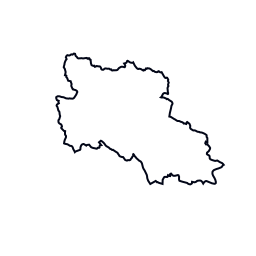 the district of Tan Lac, Hòa Bình, Vietnam, rotated 147°
{"feature_id": "81297802B22385523751240", "entity_name": "Tan Lac", "entity_type": "district", "adm_level": 2, "iso_a3": "VNM", "parent_name": "Vietnam", "parent_adm1": "Hòa Bình", "projection": "equal_earth", "projection_center": [105.222, 20.611], "detail": "fine", "context": "isolated", "style": "outline", "palette": "ink", "viewbox_px": 256, "rotation_deg": 147, "n_neighbors": 0, "source": "geoboundaries", "source_scale": "gbopen_adm2", "svg_char_len": 5813}
<svg xmlns="http://www.w3.org/2000/svg" viewBox="0 0 256 256"><g transform="rotate(147 128 128)"><path d="M134.2,219.7L134.7,219.8L135.4,220.6L135.8,220.7L136.7,220.6L137.6,220.7L138.2,221.1L139.2,222.1L140.2,222.0L141.6,221.2L141.8,219.9L142.1,219.1L143.0,218.9L144.5,218.0L146.0,216.8L146.4,216.2L148.8,214.0L148.8,212.1L149.7,209.2L150.3,208.3L152.1,206.6L151.4,206.0L151.2,205.4L152.0,204.4L151.8,202.9L152.2,201.4L152.4,200.2L151.2,199.1L150.6,198.4L151.0,197.3L151.2,196.1L151.4,195.5L152.2,194.8L152.7,194.0L153.2,191.1L152.9,190.6L153.1,190.3L151.3,188.3L150.7,186.9L150.8,186.1L150.9,185.8L152.3,184.9L153.0,184.3L156.7,182.7L157.9,182.6L158.5,182.8L159.8,183.7L160.9,184.7L161.6,184.9L162.2,185.3L163.8,186.6L164.0,186.9L165.3,188.9L166.9,190.2L168.1,191.8L168.5,192.1L169.7,192.9L170.9,193.0L171.3,193.0L171.6,192.7L172.0,192.0L172.4,190.2L171.3,188.5L172.2,187.8L172.5,186.4L174.3,186.4L174.9,186.3L175.6,185.8L175.8,185.2L175.7,184.3L175.8,183.8L176.9,180.5L176.7,179.4L176.8,178.8L178.0,176.4L178.4,174.9L180.3,173.3L180.9,172.8L182.1,172.4L183.0,171.0L183.2,170.1L183.1,169.4L182.8,168.6L182.2,167.6L182.1,167.2L182.4,165.6L182.5,165.3L182.8,165.0L183.7,164.8L184.0,164.3L183.9,163.4L183.3,160.4L183.1,160.1L182.5,159.8L182.4,159.6L183.2,158.7L184.3,156.9L184.4,156.2L184.3,155.4L184.5,154.8L185.2,153.9L187.3,152.6L188.7,151.4L190.0,149.9L189.3,148.9L187.7,147.4L187.4,146.9L186.4,144.7L185.3,143.8L185.0,143.3L184.9,142.1L185.0,141.5L185.4,140.1L185.5,138.0L185.7,136.7L184.9,136.9L180.1,135.8L179.5,136.1L178.5,137.5L177.6,138.3L176.8,138.8L175.8,139.2L174.4,139.0L174.0,138.8L173.7,138.4L172.6,136.0L172.0,136.2L171.6,136.1L169.7,135.2L169.4,132.1L168.8,131.1L168.0,130.1L166.8,129.0L165.8,127.9L165.3,127.6L164.2,127.9L162.9,127.1L162.5,127.2L161.8,128.2L161.3,128.6L160.8,128.7L159.8,128.2L160.1,131.8L157.7,132.1L157.2,131.3L156.5,129.0L156.3,127.3L156.3,125.9L156.0,124.4L155.5,123.6L154.7,121.9L154.3,120.1L153.7,119.5L153.3,118.3L153.1,118.1L152.5,117.9L151.3,115.0L150.3,112.9L150.4,111.6L150.3,110.7L150.4,109.0L149.2,107.3L147.9,106.2L147.8,102.8L147.2,101.9L146.6,101.2L145.9,101.2L145.4,101.0L144.4,100.2L143.4,100.0L142.0,100.7L140.8,100.9L140.0,101.6L138.7,101.8L138.5,102.0L138.2,102.5L137.8,103.9L137.7,103.2L137.6,102.1L137.7,100.3L137.4,99.3L137.4,98.2L136.6,95.3L136.6,94.9L135.6,93.0L135.5,91.8L135.6,90.7L137.0,86.6L137.2,85.2L137.2,83.3L137.8,78.5L138.4,76.9L138.9,76.0L139.3,75.0L139.8,72.8L139.8,68.9L133.6,68.5L133.2,66.7L132.7,66.6L131.9,65.1L129.5,62.3L127.1,65.7L124.8,66.9L124.1,67.1L123.6,66.9L121.9,65.6L121.6,65.5L120.2,66.6L119.7,65.4L118.8,64.7L118.7,64.8L118.7,65.5L118.5,66.1L118.2,66.3L117.0,66.4L116.7,66.3L116.6,65.8L116.7,65.1L116.0,63.3L115.4,62.8L114.6,62.3L111.9,61.4L111.4,60.9L111.5,60.3L111.7,59.3L113.1,57.3L113.6,55.9L113.5,55.6L111.6,53.3L108.5,49.9L108.2,49.5L108.1,48.8L107.5,47.8L106.7,47.0L106.2,46.7L104.8,46.7L104.5,46.8L103.6,48.0L102.1,46.5L101.5,46.1L99.9,45.8L98.9,46.0L98.2,45.8L96.3,44.8L95.7,44.2L95.4,43.7L95.1,42.2L95.2,40.4L94.3,40.8L93.1,41.2L91.6,41.1L91.1,40.8L90.6,40.1L87.7,35.9L86.6,34.8L86.0,34.2L85.4,33.9L84.4,34.0L83.7,34.9L83.0,37.0L82.7,39.1L82.6,41.6L82.3,43.1L81.8,44.2L80.9,45.3L79.9,45.7L78.8,45.9L76.1,45.4L74.1,44.8L71.5,44.3L70.6,44.3L68.6,45.1L67.8,45.0L67.9,46.1L68.2,47.3L69.5,49.3L70.8,52.1L72.6,52.8L73.2,53.3L74.9,55.3L75.9,56.8L76.0,57.3L76.0,58.0L75.2,59.4L74.9,60.2L74.9,60.6L76.0,62.8L76.0,63.3L75.1,64.3L72.8,64.6L70.6,65.8L70.0,66.5L69.9,68.3L70.4,71.1L71.5,71.7L71.5,73.2L70.2,74.2L69.7,73.4L69.2,72.8L66.9,76.4L66.9,77.1L66.9,77.8L66.3,78.6L66.1,79.0L66.0,79.4L66.9,81.5L68.2,83.5L68.9,84.3L70.0,85.1L70.3,85.8L71.6,86.9L72.1,87.6L72.8,89.0L73.5,89.8L74.6,90.4L75.1,91.4L75.8,93.0L75.9,93.5L75.8,94.4L74.6,95.9L74.2,97.8L74.2,98.2L75.1,100.8L75.4,100.8L76.2,100.1L77.0,99.6L77.2,99.8L77.4,100.5L77.8,100.9L78.7,101.2L78.8,101.3L78.9,102.4L79.6,103.7L80.4,104.5L81.0,105.6L81.4,106.1L82.6,106.9L83.0,107.5L84.0,109.8L84.3,110.2L86.0,113.9L87.1,115.1L84.7,117.8L81.2,121.1L79.3,123.1L78.0,123.7L77.2,124.5L77.0,125.8L77.1,126.5L78.3,129.0L78.7,130.4L79.0,130.9L79.8,131.1L80.1,132.2L81.6,134.3L83.4,135.4L83.7,135.8L82.9,135.9L80.5,137.3L79.8,137.6L79.0,137.6L78.5,137.5L77.9,137.1L76.9,136.1L76.1,134.8L75.8,134.8L75.2,135.6L75.1,136.2L73.1,140.0L72.0,140.8L71.2,141.2L71.0,142.3L70.3,143.0L69.1,143.9L68.9,145.7L68.0,146.5L67.9,146.7L67.8,148.8L68.0,149.1L69.1,149.4L69.4,149.7L69.6,150.2L69.7,151.5L69.4,156.5L70.0,156.6L70.6,157.1L70.9,157.7L71.1,158.5L71.4,159.0L71.8,159.1L72.4,158.8L72.9,158.9L73.7,159.3L74.6,160.2L74.9,160.6L75.3,161.8L75.6,162.0L76.1,162.2L76.9,164.9L77.6,166.2L78.1,166.7L78.6,167.0L79.2,167.6L79.9,167.4L80.2,167.5L80.5,168.1L82.3,167.3L82.5,167.3L83.0,168.1L83.9,167.9L85.2,170.6L86.1,171.4L86.4,171.7L87.1,171.8L87.5,172.1L88.0,173.2L88.3,176.0L88.3,176.7L87.9,180.2L88.6,180.1L90.0,181.2L90.6,182.0L90.9,182.6L91.3,183.8L91.8,184.6L92.4,184.6L92.9,184.1L93.7,183.7L94.5,183.7L96.1,184.2L96.1,183.0L96.3,181.9L97.0,181.1L97.6,180.8L98.0,181.0L98.5,181.7L99.8,182.8L100.7,183.1L102.9,183.2L105.2,182.5L106.1,182.7L108.0,183.8L108.5,184.3L109.4,184.5L110.0,184.9L110.2,185.3L110.1,186.1L110.2,186.4L111.0,186.7L111.5,188.0L111.9,188.3L112.7,188.7L114.4,190.2L115.2,190.5L116.9,190.3L117.9,190.9L118.2,191.4L118.3,192.0L117.9,193.3L117.9,194.2L117.9,194.4L118.1,195.0L119.1,195.7L120.6,197.1L121.7,197.1L122.5,197.4L122.5,197.6L122.3,198.3L122.4,198.7L123.2,198.9L124.2,200.3L124.3,200.7L123.8,202.5L122.2,205.6L122.3,205.8L122.8,206.3L122.5,207.1L122.5,207.6L122.9,207.9L123.6,207.7L123.8,207.8L124.3,208.2L124.3,208.7L124.3,209.1L124.9,209.5L127.8,210.8L129.1,212.0L130.0,212.4L131.7,213.4L132.0,213.8L132.2,214.3L132.2,215.4L132.6,216.9L132.5,217.5L132.0,219.0L132.2,219.3L132.9,219.9L133.5,219.9L134.2,219.7Z" fill="none" stroke="#020617" stroke-width="2"/></g></svg>